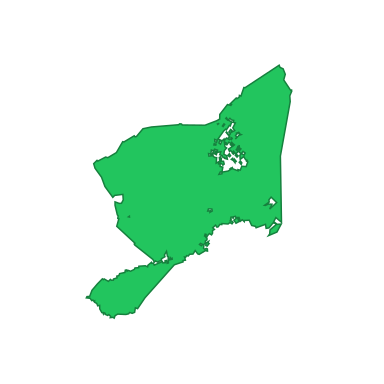 the district of Baarle-Nassau, Noord-Brabant, Netherlands, rotated 320°
{"feature_id": "6326949B26201619362436", "entity_name": "Baarle-Nassau", "entity_type": "district", "adm_level": 2, "iso_a3": "NLD", "parent_name": "Netherlands", "parent_adm1": "Noord-Brabant", "projection": "albers", "projection_center": [4.882, 51.437], "detail": "fine", "context": "isolated", "style": "filled", "palette": "green", "viewbox_px": 384, "rotation_deg": 320, "n_neighbors": 0, "source": "geoboundaries", "source_scale": "gbopen_adm2", "svg_char_len": 6143}
<svg xmlns="http://www.w3.org/2000/svg" viewBox="0 0 384 384"><g transform="rotate(320 192 192)"><path d="M134.9,107.1L133.0,111.4L132.2,122.5L128.8,131.9L127.9,145.2L130.6,144.9L137.5,149.4L134.2,153.9L130.7,155.3L128.9,153.9L126.7,150.1L124.5,152.7L120.1,161.5L120.1,162.8L118.2,164.5L118.7,165.5L112.3,169.9L115.4,194.5L114.3,194.7L114.1,195.9L118.7,218.5L118.1,221.5L119.6,221.3L120.6,223.5L124.3,224.4L124.3,225.2L125.7,223.5L129.7,224.2L130.4,222.5L134.3,221.1L131.8,225.6L132.2,226.2L128.3,231.2L127.1,230.7L128.6,228.1L127.0,227.4L126.1,229.0L124.1,227.6L124.6,226.3L116.1,223.7L116.7,221.6L115.3,220.8L115.7,219.8L111.1,219.8L109.9,220.8L108.8,218.5L103.6,214.7L102.5,215.7L99.5,213.5L98.1,214.2L94.0,213.2L92.9,211.2L91.4,210.9L92.0,209.8L90.7,209.0L88.9,210.5L84.1,208.0L82.2,209.0L80.3,208.1L79.4,209.6L76.0,208.2L75.1,209.0L73.5,207.8L73.3,206.5L70.5,206.7L68.8,202.1L67.7,202.1L67.5,200.9L60.5,201.6L52.2,203.0L46.5,206.2L44.3,204.6L43.0,205.2L45.6,207.9L45.4,210.8L46.6,211.1L46.6,212.6L47.4,212.8L46.5,213.8L47.4,216.2L46.6,218.6L48.4,219.5L46.2,222.2L45.4,226.4L46.2,227.4L45.8,228.4L47.0,227.8L47.5,229.2L46.8,229.8L48.1,232.4L49.5,232.4L49.8,234.9L48.6,235.7L50.9,237.2L51.3,238.6L53.6,237.3L56.6,237.8L62.6,243.3L65.2,244.6L66.8,244.2L68.2,246.5L70.7,247.3L74.2,244.3L75.3,246.4L88.0,242.8L131.7,236.4L140.2,239.8L141.1,238.7L143.1,240.0L144.5,237.0L145.1,237.9L147.0,237.3L147.9,238.6L150.2,238.2L152.9,240.2L156.8,238.9L156.6,243.1L157.4,244.4L164.5,245.5L165.9,247.2L167.2,245.5L166.9,244.5L164.9,244.0L164.6,242.6L167.6,239.8L169.6,239.6L170.7,238.1L172.7,238.3L173.8,237.0L173.5,236.1L176.5,235.3L178.6,235.0L179.4,237.4L181.1,236.9L183.0,234.7L185.1,235.1L184.9,232.7L188.7,232.5L188.5,235.0L189.8,235.5L192.4,234.7L193.9,236.1L194.6,235.4L199.1,239.7L201.4,239.8L202.2,242.1L204.0,241.6L203.9,240.0L202.8,238.6L204.7,238.0L204.3,237.4L205.7,236.3L207.1,237.4L206.5,239.0L208.0,237.7L209.6,238.5L208.9,240.6L206.0,240.5L205.6,244.2L209.0,244.9L210.4,240.7L211.7,241.7L210.2,245.5L212.7,245.6L213.0,248.2L213.7,247.4L217.7,250.4L216.2,256.0L218.6,259.2L218.1,260.6L227.5,264.0L225.4,267.5L227.9,269.0L234.1,267.8L235.4,269.2L235.7,271.1L227.5,271.1L224.5,274.1L222.6,274.6L231.3,277.3L239.7,273.9L236.5,271.5L235.5,267.3L239.8,265.5L241.1,272.7L282.8,221.3L325.3,185.9L328.7,181.2L333.2,178.9L333.8,177.9L332.9,177.6L334.3,165.1L339.1,161.8L341.0,156.2L339.5,153.1L340.3,150.9L299.7,146.2L298.9,145.3L291.1,150.0L290.4,148.5L289.1,149.7L286.4,149.4L286.3,148.4L278.0,149.0L278.6,150.3L277.4,150.7L275.4,147.8L263.2,150.4L260.1,153.9L256.8,153.3L244.9,149.2L227.6,134.4L227.7,133.2L226.5,131.9L224.9,131.8L202.7,116.1L195.1,112.0L185.1,113.8L183.8,113.1L183.9,111.8L172.0,109.9L171.3,108.9L159.4,113.2L149.6,111.6L148.3,109.7L139.7,107.8L139.6,106.7L134.9,107.1ZM254.5,194.3L252.3,194.6L249.9,198.0L254.4,198.2L253.8,201.9L254.6,203.2L253.6,203.5L254.1,204.8L249.8,207.3L246.7,204.3L243.0,206.3L241.6,204.4L240.9,205.3L238.2,200.6L238.5,199.3L237.5,199.6L237.4,198.7L236.1,198.7L236.5,199.6L233.2,199.2L227.8,196.1L226.7,197.3L224.0,195.8L226.5,194.8L227.7,196.0L231.6,192.8L229.9,190.5L231.7,188.5L230.4,187.6L231.6,185.9L229.1,185.4L233.0,181.5L231.6,180.0L231.1,177.4L232.0,177.2L231.6,176.4L230.4,175.5L230.0,176.7L228.0,175.4L229.4,173.2L230.8,175.1L233.8,172.3L235.0,174.4L232.6,175.6L235.3,177.1L233.9,177.1L234.6,179.1L236.7,177.8L239.9,179.7L237.2,181.3L238.5,183.5L237.6,184.4L239.1,186.7L238.5,187.1L240.2,189.6L241.9,186.5L240.7,183.6L243.4,181.1L246.8,180.5L246.3,178.5L249.0,174.3L249.8,176.4L248.6,177.2L249.0,178.3L252.2,177.5L253.9,183.1L253.1,183.1L252.6,180.0L251.8,180.3L252.2,183.1L247.5,182.6L246.8,185.0L248.3,185.0L248.2,187.6L250.1,187.4L250.1,188.3L247.9,188.4L248.0,189.6L250.0,189.5L250.1,191.0L253.3,190.7L253.0,188.1L254.3,187.8L254.9,190.6L253.8,192.3L254.5,194.3ZM258.7,172.1L256.2,172.8L256.3,174.2L254.1,173.9L254.6,176.6L253.1,172.8L250.5,173.3L249.9,173.2L250.6,172.0L248.0,172.1L246.0,168.1L255.7,165.6L258.2,165.5L258.3,166.5L263.4,165.0L263.8,166.0L267.4,163.9L266.0,160.3L268.4,159.9L268.6,162.2L270.0,164.0L268.2,165.1L269.6,166.9L264.5,169.1L264.2,172.4L260.3,171.5L262.2,170.5L261.8,168.9L258.8,169.8L258.7,172.1ZM249.3,246.8L250.1,254.5L240.5,255.0L245.4,252.8L242.8,250.3L239.6,249.5L239.0,248.8L244.7,249.3L245.9,247.4L249.3,246.8ZM266.5,179.6L264.3,178.8L259.2,179.3L261.5,178.9L261.7,176.6L263.9,176.5L263.9,175.5L266.2,176.3L266.2,177.4L265.4,177.5L266.5,179.6ZM191.8,216.7L193.7,215.5L196.3,217.8L195.3,219.6L192.8,219.1L194.0,218.2L191.8,216.7ZM254.5,194.3L257.2,193.7L257.8,196.3L255.7,197.2L254.5,194.3ZM235.2,174.3L236.8,173.7L238.5,176.3L237.1,177.1L235.2,174.3ZM244.6,173.7L244.1,171.8L246.3,170.5L247.2,172.3L244.6,173.7ZM241.8,168.2L243.2,166.3L244.5,168.6L242.8,169.7L241.8,168.2ZM256.2,190.7L255.4,188.1L258.3,186.4L256.7,188.6L257.2,190.4L256.2,190.7ZM131.0,229.4L133.2,228.2L133.2,229.7L134.2,230.0L133.6,230.8L131.0,229.4ZM164.0,237.0L165.5,236.8L166.5,239.0L164.6,239.2L164.0,237.0ZM260.5,161.2L257.9,161.9L257.7,161.0L260.3,160.3L260.5,161.2ZM254.4,179.4L254.4,180.9L254.8,183.2L254.1,183.2L253.5,179.6L254.4,179.4ZM240.3,171.4L239.0,170.0L240.0,169.3L241.2,170.8L240.3,171.4ZM173.6,234.7L173.3,233.8L175.0,232.7L175.6,233.6L173.6,234.7ZM265.1,157.4L266.1,157.2L265.9,159.7L265.5,159.8L265.1,157.4ZM255.7,176.4L257.1,175.9L257.3,176.7L255.9,177.2L255.7,176.4ZM254.3,187.7L256.2,186.7L256.3,187.2L254.3,187.7ZM255.2,156.7L255.3,156.2L257.0,156.9L255.2,156.7ZM127.4,170.2L128.5,170.3L128.0,171.0L127.4,170.2ZM235.9,188.7L234.1,187.1L236.0,185.3L235.3,184.6L236.3,183.3L235.1,183.1L231.9,188.2L232.9,189.1L232.9,191.3L234.6,191.3L235.9,188.7ZM168.8,243.2L172.0,242.5L171.5,241.2L172.9,240.5L169.8,240.1L168.2,241.9L168.8,243.2ZM243.8,197.2L245.2,195.9L245.6,197.6L245.6,193.6L243.9,193.7L243.8,197.2ZM248.9,201.7L249.0,199.5L247.3,199.6L247.4,202.5L248.9,201.7ZM244.9,189.0L245.2,186.7L243.1,187.0L243.4,189.1L244.9,189.0ZM248.9,194.2L250.6,194.0L250.2,191.5L248.8,191.6L248.9,194.2ZM256.5,168.2L256.4,171.2L256.9,171.1L257.1,168.2L256.5,168.2ZM243.4,193.1L244.3,192.3L243.1,192.3L243.4,193.1Z" fill="#22c55e" stroke="#15803d" stroke-width="1.5"/></g></svg>